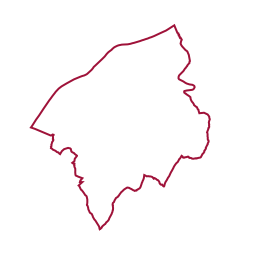 Enebakk nor, Akershus, Norway (orthographic projection), rotated 244°
{"feature_id": "86288312B77939080811439", "entity_name": "Enebakk nor", "entity_type": "district", "adm_level": 2, "iso_a3": "NOR", "parent_name": "Norway", "parent_adm1": "Akershus", "projection": "orthographic", "projection_center": [11.051, 59.769], "detail": "fine", "context": "isolated", "style": "outline", "palette": "rose", "viewbox_px": 256, "rotation_deg": 244, "n_neighbors": 0, "source": "geoboundaries", "source_scale": "gbopen_adm2", "svg_char_len": 5619}
<svg xmlns="http://www.w3.org/2000/svg" viewBox="0 0 256 256"><g transform="rotate(244 128 128)"><path d="M95.7,58.7L94.5,58.7L93.2,58.7L92.3,59.2L91.5,59.4L91.1,59.4L90.5,59.6L89.7,59.7L88.1,60.0L87.3,60.0L86.6,60.1L85.6,60.6L85.1,60.8L84.4,60.8L81.6,60.1L79.1,58.9L77.6,58.0L77.0,57.4L76.6,57.3L76.4,57.4L76.0,57.5L75.4,57.5L73.7,57.2L72.6,56.8L71.8,56.7L70.0,56.7L69.3,56.6L68.4,56.7L66.7,57.7L66.4,57.7L64.5,57.7L63.6,57.5L61.6,57.6L60.4,57.7L59.2,58.1L52.5,58.8L51.4,58.7L49.8,58.2L49.6,58.2L49.7,58.4L49.4,58.8L50.0,60.7L50.3,60.8L50.5,61.1L51.0,62.2L51.7,65.0L51.7,65.3L51.7,65.5L52.8,67.2L52.9,68.1L53.2,68.8L53.5,69.7L54.3,70.9L55.0,71.5L58.0,75.7L58.6,76.2L59.3,77.1L61.0,78.4L61.0,78.6L62.6,79.5L64.6,80.2L64.7,80.4L64.9,80.5L65.2,80.4L65.4,80.6L66.0,80.6L66.3,80.9L67.0,81.3L67.3,81.8L67.6,82.9L68.9,84.3L69.5,85.3L70.2,86.2L70.3,86.4L70.3,86.6L70.5,87.5L70.5,88.3L70.6,88.7L71.1,89.5L71.2,90.1L71.9,91.1L72.3,91.9L73.3,93.8L73.4,94.1L73.5,94.8L74.2,96.8L74.5,97.9L74.6,99.0L74.8,100.6L74.8,101.2L74.5,101.7L74.3,102.0L74.2,102.0L74.0,102.3L73.7,102.8L72.4,103.6L71.8,104.2L69.7,105.5L69.2,106.1L68.6,106.4L68.6,106.5L68.5,107.0L68.3,107.5L68.1,108.1L68.5,108.4L68.5,108.5L68.4,109.2L68.5,109.4L68.5,109.5L68.4,109.6L68.4,109.8L68.6,110.4L68.6,111.5L68.7,112.1L69.5,113.4L71.9,115.8L72.6,116.4L73.1,117.1L74.0,118.0L74.9,119.2L76.2,120.4L78.6,122.0L77.6,122.8L76.5,123.5L76.3,123.7L76.1,124.4L75.6,125.5L75.2,125.8L74.9,126.5L74.5,127.1L73.7,128.0L73.2,128.4L71.1,128.9L71.1,129.3L71.5,129.7L71.3,130.0L70.7,130.3L69.9,130.9L68.8,131.3L68.4,131.6L68.3,131.8L68.1,132.0L67.5,132.2L66.4,132.5L65.6,132.5L64.8,132.2L64.1,132.4L63.7,132.3L63.1,132.5L62.6,132.8L62.4,133.0L62.3,133.3L62.3,133.5L62.3,133.8L62.2,133.9L60.8,134.1L60.7,134.3L60.3,134.2L59.8,134.5L59.7,134.7L59.8,134.9L60.0,135.2L61.7,136.6L62.9,137.9L64.3,140.2L65.8,142.2L66.6,143.8L68.6,146.2L69.8,147.8L70.2,148.5L72.3,151.4L72.7,151.8L73.8,153.4L75.1,155.8L75.7,157.9L77.1,159.8L77.6,160.4L77.7,161.2L79.5,164.0L78.6,164.5L77.7,164.4L77.6,164.6L77.3,164.9L77.0,164.9L76.7,165.4L76.8,165.9L76.6,166.4L76.6,166.7L76.4,167.0L76.3,167.7L76.1,168.1L76.1,168.9L76.0,169.3L75.8,169.4L75.8,169.6L75.6,169.8L74.3,170.0L74.0,170.4L73.9,170.8L73.5,171.3L73.3,171.6L72.8,172.0L72.4,172.1L72.0,172.8L71.7,173.3L71.1,175.6L71.0,175.8L70.8,175.8L70.7,176.2L70.7,176.3L70.5,176.5L70.6,176.8L70.3,177.9L70.2,178.5L69.8,179.7L69.8,180.6L70.8,182.0L71.0,182.3L71.9,183.4L72.3,184.8L72.8,185.4L73.1,186.1L74.0,186.6L74.2,186.8L74.3,187.3L75.0,188.4L75.1,188.7L75.5,189.1L76.2,189.3L76.5,189.8L77.9,191.6L78.3,192.4L78.7,192.5L78.9,192.7L79.5,193.3L80.3,194.4L81.6,194.9L82.3,194.6L83.1,194.8L84.6,195.6L85.9,195.9L86.8,196.5L88.2,197.0L88.7,197.2L89.4,197.1L91.0,198.8L91.6,199.5L92.7,200.2L92.7,200.7L93.1,201.0L93.3,201.4L94.1,201.8L94.7,201.9L95.1,202.2L95.4,202.3L95.5,202.5L97.6,203.1L99.1,204.4L99.8,205.2L100.2,205.4L101.4,205.5L102.7,206.0L105.3,205.5L108.4,203.0L110.0,198.6L113.1,199.1L113.5,199.3L114.6,198.9L116.4,199.1L117.1,198.6L119.7,197.4L120.5,197.6L122.3,197.4L123.6,197.0L125.1,196.9L126.5,197.0L128.4,197.6L129.6,197.1L132.7,195.3L133.4,195.1L133.5,195.0L133.6,194.8L134.4,194.5L135.1,194.1L135.9,194.3L136.5,194.9L135.9,197.4L134.2,202.3L134.1,203.3L134.4,204.4L135.0,205.2L135.5,205.8L135.9,205.9L136.8,206.0L137.7,205.5L138.6,204.8L140.2,202.4L142.2,200.3L143.4,199.4L145.5,198.2L149.2,195.4L149.7,195.2L150.6,195.2L151.8,195.9L152.7,196.8L153.1,197.6L154.9,202.8L156.5,205.4L156.5,205.8L157.7,208.0L157.7,208.3L158.2,208.7L159.2,210.9L159.5,211.7L159.8,211.8L160.8,212.5L161.0,213.0L167.1,214.7L169.8,214.8L170.6,214.9L171.8,214.5L172.6,213.9L177.4,212.5L178.9,212.2L179.9,212.3L180.7,212.2L182.0,213.2L183.1,214.1L183.7,215.0L184.8,215.0L185.3,214.7L185.5,214.5L186.1,214.9L186.4,214.8L186.3,214.5L186.7,214.4L186.7,214.2L186.8,214.2L187.1,214.4L187.6,214.3L188.3,214.4L188.5,214.3L188.6,214.6L188.8,214.6L189.1,214.5L189.4,214.3L189.6,214.3L189.8,214.7L190.3,214.4L190.6,214.4L191.0,214.7L191.6,214.3L191.9,214.3L192.0,214.1L200.0,214.6L199.8,212.8L199.1,206.7L198.9,204.6L199.0,202.3L199.1,198.1L199.2,191.8L199.4,188.9L199.7,186.8L199.8,184.8L200.1,183.1L200.4,180.5L200.6,179.5L200.9,176.7L201.9,170.7L202.3,169.0L202.6,167.1L203.3,164.5L205.6,159.1L206.4,156.0L206.6,154.5L206.6,152.1L206.5,150.7L205.9,148.5L205.5,147.6L204.8,143.9L204.6,143.2L203.8,141.1L202.5,138.5L201.4,135.3L198.5,126.1L197.9,124.0L197.0,122.5L196.2,120.7L194.6,115.3L194.4,114.3L194.4,111.8L194.8,109.6L195.0,107.4L195.4,100.8L195.0,92.6L194.6,87.4L194.5,86.4L193.8,83.0L192.2,78.8L191.7,77.9L189.9,74.2L188.5,71.6L187.4,69.4L182.4,60.6L178.2,53.5L175.8,49.0L171.8,42.5L171.0,41.0L168.0,44.0L155.3,55.1L155.0,55.5L155.0,56.3L154.9,56.5L155.1,57.0L155.2,57.3L154.5,58.2L154.4,58.2L154.2,57.7L153.8,57.0L152.0,56.3L151.3,55.9L151.1,55.6L150.7,55.6L150.4,55.8L149.8,55.5L149.8,55.3L149.4,55.1L149.1,54.5L148.9,54.3L148.8,53.9L148.1,53.2L147.1,52.4L146.5,51.7L146.1,51.7L145.0,51.0L144.9,50.6L144.5,50.6L143.7,49.9L142.3,50.8L141.3,51.1L140.9,51.5L139.2,52.9L137.7,53.5L137.1,54.0L136.6,54.7L135.0,55.1L134.3,55.5L136.2,58.4L137.0,61.3L136.4,65.4L135.0,67.1L134.1,67.4L133.9,67.3L133.0,67.1L132.7,67.1L131.7,66.8L130.8,67.2L128.9,68.6L128.1,68.7L125.5,70.0L125.3,69.9L123.7,66.7L121.7,65.3L121.1,62.6L120.6,62.8L120.6,63.0L120.2,63.4L119.9,63.6L119.8,63.8L119.5,63.8L119.3,64.2L119.1,64.1L118.6,63.5L118.0,63.5L117.9,63.2L116.2,62.8L114.7,62.8L113.3,62.2L111.2,61.1L109.1,60.3L108.2,60.2L107.0,61.2L105.9,62.1L102.9,65.0L101.6,62.1L100.5,61.1L99.4,63.2L98.3,59.4L97.9,58.4L97.5,58.6L96.9,58.8L95.7,58.7Z" fill="none" stroke="#9f1239" stroke-width="2"/></g></svg>